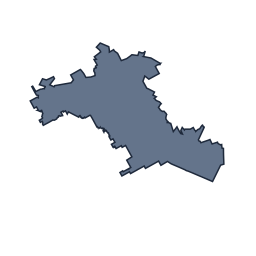 Navojoa, Sonora, Mexico (Albers equal-area conic projection), rotated 331°
{"feature_id": "50627088B81752384557696", "entity_name": "Navojoa", "entity_type": "district", "adm_level": 2, "iso_a3": "MEX", "parent_name": "Mexico", "parent_adm1": "Sonora", "projection": "albers", "projection_center": [-109.481, 27.027], "detail": "fine", "context": "isolated", "style": "filled", "palette": "slate", "viewbox_px": 256, "rotation_deg": 331, "n_neighbors": 0, "source": "geoboundaries", "source_scale": "gbopen_adm2", "svg_char_len": 5251}
<svg xmlns="http://www.w3.org/2000/svg" viewBox="0 0 256 256"><g transform="rotate(331 128 128)"><path d="M99.4,167.0L108.1,167.0L108.1,169.1L116.1,169.1L116.4,169.0L117.5,169.1L123.7,169.1L123.7,171.8L123.8,171.8L126.6,171.8L133.4,171.8L138.7,171.8L138.7,176.6L146.3,176.4L147.1,177.8L148.1,179.8L148.8,180.7L148.8,180.8L153.8,187.2L157.2,191.7L157.4,191.9L158.2,193.3L158.3,193.5L159.6,194.8L162.1,197.9L176.0,215.8L191.0,205.4L194.3,206.1L198.6,197.7L199.4,196.2L201.6,192.1L200.5,191.2L201.6,188.3L201.7,188.2L201.8,188.2L201.9,187.9L201.2,187.9L201.1,187.7L200.9,187.8L200.6,187.4L199.2,185.2L199.4,183.8L193.8,182.7L194.1,177.8L192.3,177.6L184.6,176.2L184.6,174.5L183.9,174.0L183.8,172.5L194.9,164.4L195.0,164.0L194.6,163.9L194.6,161.6L194.1,161.6L193.8,161.7L192.8,162.1L190.4,163.4L188.2,163.2L185.6,163.8L185.8,163.2L185.6,162.9L185.4,162.6L185.3,162.1L185.3,159.2L181.9,159.2L177.2,156.6L176.4,157.1L175.7,153.8L173.0,155.8L172.7,159.7L172.2,159.2L171.4,158.4L171.4,158.1L171.4,157.8L171.5,157.6L171.5,157.4L171.7,157.2L171.3,156.6L171.3,152.5L171.3,152.1L171.3,151.9L171.4,150.7L169.2,151.7L165.9,153.1L167.6,144.8L167.4,144.7L167.1,144.5L167.1,144.1L167.0,143.9L166.9,143.8L166.6,143.7L166.3,143.3L166.2,143.0L166.2,142.7L165.9,142.5L165.6,142.4L165.5,142.2L165.4,142.2L165.4,142.3L165.2,142.4L164.9,142.3L165.0,142.0L165.3,141.8L166.0,141.7L165.9,141.3L165.7,141.0L165.7,140.9L165.7,140.7L165.5,138.6L165.5,138.4L166.1,137.6L166.1,137.2L168.0,135.2L168.4,135.0L168.4,134.9L168.3,134.3L168.3,134.2L168.4,133.6L168.2,133.3L168.1,133.1L167.7,130.9L167.3,130.6L166.4,130.4L166.1,130.2L166.0,129.7L165.8,129.5L165.4,129.1L165.3,128.5L164.9,127.7L165.0,126.9L164.8,126.1L164.7,125.4L164.6,124.8L165.1,124.4L165.4,124.5L167.0,123.4L167.3,123.4L168.2,122.9L168.8,122.9L168.6,121.9L168.4,121.0L168.0,120.1L167.8,119.9L167.7,119.8L167.1,119.0L166.8,118.7L166.3,117.9L165.7,116.9L165.8,116.2L165.6,115.6L165.5,115.4L165.3,114.8L167.9,114.4L165.8,111.3L168.6,109.4L164.8,103.7L163.7,102.3L163.7,99.2L163.7,94.4L167.9,90.7L169.9,95.4L181.7,95.5L181.7,87.5L182.1,87.4L183.7,87.1L184.6,87.1L186.8,88.0L186.9,87.6L187.5,87.3L187.9,87.2L187.4,86.9L182.0,77.9L177.0,73.7L176.2,73.0L176.3,73.0L176.4,72.8L176.9,72.5L177.5,71.9L180.4,69.0L179.0,69.8L176.7,69.3L174.5,66.8L171.8,69.3L171.1,68.8L170.6,68.5L166.9,65.8L164.6,66.2L160.5,66.7L154.8,65.8L155.1,57.6L153.4,54.0L153.4,52.5L149.4,52.6L148.5,52.6L149.4,50.9L150.6,47.6L144.9,40.2L139.5,42.0L141.0,46.2L141.0,48.2L133.1,49.4L133.6,52.5L131.5,51.6L131.6,58.0L129.5,58.2L129.2,59.1L129.2,59.6L129.4,59.8L129.1,60.0L128.5,59.7L128.4,59.6L128.0,59.6L127.8,59.7L127.6,59.6L127.4,59.5L127.2,59.6L126.9,59.9L126.7,60.1L126.7,60.3L126.7,60.5L126.1,60.9L126.0,61.2L125.9,61.4L125.8,61.7L125.6,62.1L125.6,62.3L125.7,62.7L125.8,63.1L125.8,63.3L125.8,63.5L124.6,66.2L120.2,65.4L115.7,63.4L115.7,58.9L115.0,54.6L114.7,53.7L103.6,53.8L103.6,57.4L103.6,59.5L100.2,60.9L84.4,55.4L83.3,56.1L80.5,52.3L87.6,49.2L87.7,47.0L84.1,46.8L79.9,46.4L77.1,43.5L71.5,47.2L75.7,51.6L75.5,52.0L74.8,52.2L74.2,52.5L74.0,52.9L73.9,53.1L73.6,52.9L73.5,52.7L73.4,52.7L72.9,52.5L71.3,52.1L70.2,51.6L69.8,51.6L65.1,51.4L64.9,45.2L63.9,45.2L63.8,51.4L63.9,54.8L65.4,56.1L65.1,56.4L65.0,56.6L64.2,58.1L63.3,57.0L55.6,56.9L55.5,65.2L58.2,65.2L58.2,68.7L57.3,68.6L57.8,69.1L58.4,69.9L58.7,70.4L59.6,71.4L59.9,71.6L60.3,71.5L60.4,71.1L60.5,70.6L61.0,70.7L60.5,74.1L60.0,74.4L59.8,74.5L59.6,74.7L59.4,75.3L58.4,75.9L58.3,76.0L58.2,76.2L58.1,76.4L58.1,76.6L58.3,77.3L58.2,77.6L57.9,77.9L57.8,78.1L55.7,78.2L54.2,78.2L54.1,80.6L56.2,80.6L56.2,81.7L55.5,82.8L55.2,83.0L55.2,84.6L57.2,84.6L61.1,84.7L66.2,84.6L66.8,85.1L67.2,85.4L67.9,85.5L69.8,85.5L70.2,85.4L71.0,84.8L71.3,84.7L71.9,84.8L72.0,84.8L72.4,84.7L72.5,84.6L72.7,84.0L72.8,83.9L73.0,83.8L73.6,83.8L73.8,83.8L74.2,84.5L74.3,84.7L74.5,84.8L76.8,85.4L76.9,85.5L77.0,85.4L77.0,81.7L79.4,81.7L79.3,82.7L81.6,82.7L81.6,86.4L83.7,85.0L90.2,94.7L90.4,94.6L91.4,93.7L91.5,93.7L92.1,93.8L92.1,94.7L92.3,95.1L91.9,95.8L92.0,96.1L92.1,96.3L92.3,96.3L92.5,96.8L92.5,97.2L92.6,97.3L93.0,97.2L93.3,97.3L93.3,97.7L93.5,97.8L93.8,97.6L94.3,97.6L95.3,97.5L95.3,98.4L101.0,98.4L101.3,98.3L101.2,98.4L101.3,98.2L101.4,102.3L101.3,112.0L101.9,112.0L101.9,113.4L102.0,113.3L102.9,113.8L103.0,113.8L103.2,114.4L103.9,114.1L103.7,114.5L104.5,114.6L104.4,114.6L104.9,115.8L105.0,116.0L105.5,115.9L105.7,116.5L105.8,116.5L106.0,116.5L106.1,116.4L106.2,117.1L106.7,117.1L106.6,117.4L106.5,117.7L106.5,117.8L106.3,118.0L106.2,118.0L105.9,117.9L105.9,118.9L105.2,118.9L105.3,118.3L104.9,118.3L104.9,119.9L105.1,119.7L105.3,119.7L105.8,119.5L106.0,119.4L106.9,119.2L107.1,119.2L107.4,119.1L107.4,119.4L107.5,119.4L107.5,120.0L107.8,120.0L107.8,120.5L107.7,120.5L107.8,120.6L107.7,120.8L107.8,120.9L107.8,121.7L108.4,122.5L108.1,122.8L108.4,123.1L108.2,123.4L108.3,125.6L107.8,125.6L107.8,126.5L107.2,126.5L107.2,129.5L107.2,130.2L109.6,130.2L109.6,132.0L109.6,134.2L105.6,134.2L105.6,137.5L107.6,137.5L107.6,137.9L107.2,138.2L107.6,138.2L107.6,140.2L113.6,140.2L113.5,142.1L117.4,142.1L117.4,155.1L111.3,155.5L111.3,159.8L111.3,161.0L111.3,163.9L108.2,163.9L108.2,164.1L108.3,164.2L108.0,164.2L108.0,163.9L102.6,163.9L102.6,162.9L99.4,163.0L99.4,167.0Z" fill="#64748b" stroke="#1e293b" stroke-width="1.5"/></g></svg>